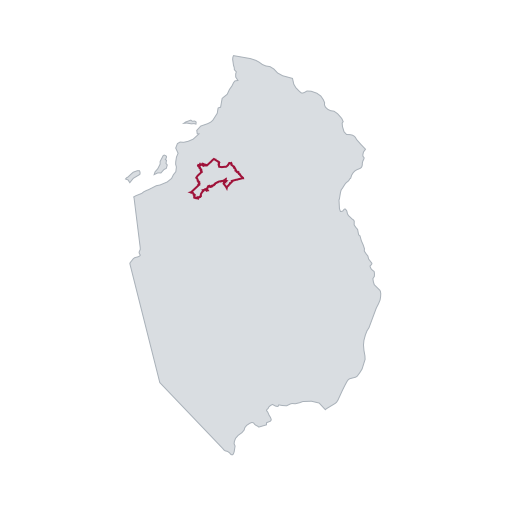 Morogoro, Morogoro, United Republic of Tanzania shown in context, rotated 227°
{"feature_id": "72390352B24110633153516", "entity_name": "Morogoro", "entity_type": "district", "adm_level": 2, "iso_a3": "TZA", "parent_name": "United Republic of Tanzania", "parent_adm1": "Morogoro", "projection": "orthographic", "projection_center": [37.947, -7.052], "detail": "fine", "context": "in_parent", "style": "outline", "palette": "rose", "viewbox_px": 512, "rotation_deg": 227, "n_neighbors": 0, "source": "geoboundaries", "source_scale": "gbopen_adm2", "svg_char_len": 8753}
<svg xmlns="http://www.w3.org/2000/svg" viewBox="0 0 512 512"><g transform="rotate(227 256 256)"><path d="M199.9,345.8L195.2,343.4L190.9,341.9L187.4,340.3L185.8,338.6L182.5,338.0L179.7,337.8L177.0,336.3L171.6,335.8L171.0,334.8L170.9,332.5L169.9,332.0L168.0,331.4L165.8,331.5L164.6,331.8L163.8,331.7L162.0,330.3L160.4,328.7L159.7,326.0L157.2,324.3L154.3,322.9L146.4,323.2L145.2,322.8L143.3,321.5L141.1,319.2L139.2,316.7L137.6,313.2L135.9,308.5L126.5,289.7L125.6,286.2L123.7,282.2L120.7,277.4L117.6,273.9L113.4,270.6L108.6,267.5L106.0,265.3L101.0,256.5L99.9,252.4L99.1,248.1L99.4,246.3L102.4,240.7L102.6,239.1L102.2,237.0L100.7,232.6L98.7,227.3L94.7,217.6L94.1,215.1L94.2,213.3L96.3,203.3L96.3,201.9L105.4,201.9L112.0,197.5L117.7,190.9L118.8,188.1L121.2,183.9L123.5,181.8L124.3,180.4L125.6,176.2L128.7,173.3L131.6,171.1L131.0,169.6L131.4,169.0L133.0,167.9L136.2,166.8L136.8,164.6L136.8,162.2L136.2,160.8L136.3,159.2L135.8,158.3L133.8,158.1L130.7,157.0L128.1,156.5L126.4,155.8L125.7,155.3L125.4,153.8L126.9,150.0L125.4,148.5L128.6,142.1L129.1,141.3L130.3,141.2L132.1,140.5L133.8,140.2L135.2,140.4L136.2,140.1L137.1,139.4L137.9,137.3L138.5,133.7L138.1,130.8L136.8,128.6L136.4,125.2L137.0,120.6L136.6,116.7L135.1,113.7L133.6,111.9L131.3,111.1L127.7,106.5L126.6,104.3L126.8,102.9L128.0,102.3L130.3,102.4L132.5,101.9L134.5,100.6L136.4,100.2L137.5,100.4L229.0,99.3L336.4,158.5L336.9,159.2L337.7,164.4L337.5,166.1L335.9,169.1L335.4,170.6L335.4,171.7L335.8,172.1L337.2,172.3L338.4,173.0L338.8,173.6L339.7,175.8L340.9,176.9L381.6,206.4L382.6,206.8L382.0,209.3L379.7,215.2L379.5,217.7L378.6,220.7L377.8,222.6L375.4,231.0L373.4,234.2L370.7,241.5L370.3,247.2L371.8,251.1L372.3,254.8L375.4,258.5L377.9,259.8L379.6,261.5L382.6,265.3L384.3,269.1L389.7,270.9L391.8,275.2L391.1,278.2L388.5,280.6L386.2,284.5L384.3,289.7L384.2,297.6L385.5,296.4L388.3,298.4L388.7,304.2L385.7,311.0L384.8,314.1L384.7,316.9L386.8,325.0L390.0,329.1L389.7,330.4L388.9,331.5L394.4,338.8L393.9,345.2L395.9,350.2L396.8,354.5L398.1,357.8L398.4,360.0L396.7,362.5L400.7,363.2L403.0,365.3L404.1,367.2L407.0,367.2L408.5,368.5L410.8,369.6L415.7,373.0L417.1,374.6L417.9,376.2L404.1,386.6L399.2,389.3L395.6,390.5L391.8,391.2L388.3,392.8L384.9,395.4L380.5,396.6L375.2,396.6L369.7,398.4L361.0,403.8L355.9,400.8L351.9,399.9L347.3,400.0L344.5,400.3L343.5,401.0L342.6,402.8L341.9,405.8L338.9,408.7L333.6,411.5L328.8,412.5L324.3,411.8L321.3,410.7L319.8,409.1L317.5,408.3L314.4,408.5L311.5,409.6L308.7,411.8L304.3,412.7L298.1,412.5L294.8,411.4L294.4,409.6L291.7,407.5L286.8,405.1L283.1,405.1L280.8,407.4L278.7,408.9L276.8,409.5L275.1,409.6L272.6,409.0L265.9,408.8L259.4,408.9L258.8,405.6L257.4,403.5L256.2,402.3L254.0,402.0L253.4,401.1L252.6,399.0L251.5,397.2L250.1,395.8L249.2,394.4L248.9,393.2L249.1,391.8L250.4,388.3L250.8,386.0L250.6,383.6L249.9,381.1L248.3,378.2L248.5,377.3L247.9,375.3L247.9,373.9L248.1,372.1L247.8,369.8L246.5,364.9L246.4,363.7L245.0,361.3L240.7,355.7L240.5,355.0L233.7,349.3L231.0,348.1L230.1,349.2L229.7,350.2L230.0,352.0L229.9,352.9L229.6,353.3L228.0,353.3L227.0,353.1L224.4,351.6L222.5,351.2L217.6,351.5L215.8,351.9L214.5,351.6L211.8,349.0L208.8,348.5L206.1,348.4L201.5,345.5L199.9,345.8ZM390.5,250.3L392.7,256.5L392.4,257.7L390.8,258.4L390.0,258.5L389.0,257.5L388.3,255.4L387.1,255.9L385.1,253.3L383.1,253.2L381.3,250.2L382.0,247.6L381.6,243.1L383.8,240.8L385.0,237.0L386.4,239.6L386.8,243.7L388.6,248.6L390.5,250.3ZM401.3,213.1L401.5,214.6L401.1,216.0L401.1,220.4L401.0,223.4L399.3,227.4L397.9,228.9L396.7,228.5L395.7,227.8L394.9,226.7L396.5,219.2L395.7,213.7L398.9,214.3L401.3,213.1ZM396.5,303.2L395.0,303.6L394.4,303.2L393.4,302.0L395.1,301.0L396.7,298.9L400.5,296.0L402.3,293.6L402.0,295.9L399.8,301.0L398.0,301.3L396.5,303.2Z" fill="#d9dde1" stroke="#a8b0b8" stroke-width="1"/><path d="M340.9,301.3L341.1,300.6L341.6,300.3L342.0,300.2L342.3,299.7L342.2,299.3L341.8,298.7L341.8,297.9L341.6,297.7L341.5,297.4L341.6,295.3L341.7,294.9L342.7,293.8L344.3,291.6L346.4,289.9L346.6,290.0L347.2,290.5L347.4,290.6L347.6,290.7L348.1,290.8L348.2,291.2L348.4,291.2L348.5,291.5L348.7,291.8L349.0,291.9L349.0,292.1L349.3,292.3L349.4,292.6L349.7,292.6L349.6,292.9L350.0,293.0L350.4,292.9L352.9,292.1L353.8,291.9L354.0,292.0L354.1,291.8L355.7,291.4L355.8,289.4L355.7,287.8L355.6,286.8L355.7,286.6L355.7,285.5L355.7,282.3L355.8,282.3L355.9,282.1L355.9,281.9L356.0,281.9L356.0,281.7L356.3,281.6L356.3,281.4L356.6,281.2L356.7,280.8L356.9,280.7L356.7,280.6L356.8,280.6L357.0,280.7L357.0,280.4L357.2,280.2L357.3,280.3L357.4,280.2L357.6,280.2L357.7,279.8L357.8,279.9L357.8,279.7L358.0,279.7L357.9,279.7L358.0,279.6L358.3,279.6L358.2,279.8L358.3,279.9L358.3,280.0L358.4,279.9L358.5,280.1L358.5,279.9L358.7,280.0L358.9,280.0L358.9,279.8L359.0,279.9L359.2,280.0L359.3,279.8L359.2,279.7L359.4,279.8L359.5,279.5L359.4,279.4L359.7,279.4L359.6,279.2L359.6,278.9L359.8,278.9L359.9,278.6L360.0,278.5L359.9,278.4L360.0,278.5L360.0,278.4L360.0,278.2L360.1,277.9L360.4,277.9L360.4,278.0L360.5,277.8L360.7,277.6L360.8,277.6L360.7,277.3L360.8,277.3L360.7,277.2L360.8,277.0L361.0,276.9L361.1,277.0L361.1,276.9L361.1,276.7L361.3,276.5L361.1,276.3L361.3,276.2L361.3,276.3L361.4,276.2L361.5,275.9L361.8,275.8L361.7,275.6L361.8,275.5L361.8,275.3L361.5,275.1L360.7,275.1L360.3,275.3L360.1,275.1L359.6,275.2L359.0,275.1L358.9,275.3L358.5,275.2L358.4,274.8L358.1,274.8L358.1,274.7L357.7,274.8L357.1,274.9L356.7,274.9L356.3,274.8L356.1,274.6L356.2,274.4L356.1,274.1L356.1,273.9L355.8,273.9L355.7,273.7L355.7,273.8L355.5,273.6L355.3,273.6L355.3,273.8L355.1,274.0L354.9,273.9L354.7,273.8L354.8,273.7L354.8,273.4L354.6,273.1L354.6,272.9L354.5,272.1L354.5,268.1L354.0,265.7L353.8,265.6L353.6,265.6L353.1,265.8L352.8,265.7L352.6,265.7L352.1,265.5L351.8,265.5L351.6,265.3L351.5,265.2L351.2,264.9L350.8,264.8L350.7,264.7L350.4,264.9L350.2,264.9L350.3,264.8L350.3,264.7L349.4,264.3L348.6,264.3L348.1,264.3L347.9,264.3L347.9,264.2L348.0,264.1L347.8,264.0L347.7,263.9L347.8,263.8L347.3,263.5L347.4,263.4L347.2,263.2L347.3,263.0L347.0,262.9L347.1,262.7L346.9,262.7L346.9,252.4L347.0,251.8L347.1,251.6L346.9,251.7L346.4,251.8L346.3,252.4L346.1,252.6L346.1,252.8L345.5,252.8L345.1,252.9L344.7,252.8L344.4,252.8L344.2,252.6L343.8,252.6L342.9,252.8L342.9,252.6L342.7,252.7L342.6,252.4L342.4,252.5L342.1,252.4L342.0,252.2L341.9,251.9L341.6,251.8L341.6,251.5L341.5,251.3L341.4,251.0L340.9,250.7L340.7,250.6L339.4,251.5L339.0,251.6L338.9,251.8L339.0,252.1L338.9,252.2L338.5,252.3L338.1,252.5L338.3,252.6L338.6,253.0L338.4,253.0L338.5,253.2L338.2,253.3L338.3,253.4L338.1,253.5L338.1,253.8L337.9,253.8L337.8,254.0L337.8,254.4L337.6,254.6L337.7,254.9L337.5,255.1L337.5,255.3L337.4,255.4L337.5,255.5L337.4,255.6L337.5,255.8L337.4,255.9L337.4,256.1L337.3,256.4L337.3,256.5L338.8,257.8L339.1,258.7L339.5,260.4L339.5,261.0L339.5,261.9L340.4,262.0L339.4,263.8L339.5,264.2L339.1,264.3L337.5,264.4L337.5,264.5L337.1,265.2L336.9,265.5L337.5,265.6L338.8,265.4L338.8,265.7L339.0,265.7L338.8,267.1L339.2,267.9L339.4,267.9L339.5,268.1L339.6,268.6L339.2,268.7L339.2,269.4L338.6,269.6L337.8,269.5L337.7,269.7L337.8,269.8L337.6,269.8L337.4,270.0L337.7,270.7L337.6,270.8L337.5,271.0L336.9,271.2L336.8,271.5L337.4,271.9L337.0,272.7L336.5,273.5L336.5,274.6L336.8,274.6L336.8,274.8L336.9,276.0L336.5,276.7L336.5,277.1L336.4,277.6L336.2,277.8L336.0,278.2L336.1,278.4L336.0,278.5L335.8,279.6L334.8,281.1L334.5,281.1L334.4,281.4L334.3,281.6L334.4,281.8L334.2,282.0L334.1,282.3L333.8,282.5L333.7,282.8L333.4,283.0L333.3,283.3L333.1,283.4L333.2,283.7L333.2,284.1L332.9,284.3L332.8,284.6L332.7,284.6L332.9,284.7L332.8,284.9L332.9,285.0L332.9,285.3L332.7,285.3L332.8,285.5L332.7,286.1L332.4,285.7L332.0,285.4L332.1,285.1L331.9,285.2L332.0,285.0L331.9,284.8L331.6,284.8L331.9,284.5L331.6,284.5L331.7,284.0L331.6,283.9L331.7,284.1L331.4,283.9L331.5,283.8L331.7,283.7L331.2,283.6L331.4,283.4L331.2,283.4L331.2,283.2L331.3,282.9L331.2,282.8L331.5,282.4L331.3,282.0L331.0,281.6L328.0,281.4L326.7,281.2L325.6,280.9L326.3,281.9L326.4,282.8L326.3,283.8L326.5,284.4L326.5,285.6L326.2,285.5L326.3,285.6L326.4,285.8L326.5,285.8L326.6,286.0L326.8,286.2L327.0,286.5L326.6,286.8L326.7,287.7L326.7,289.1L326.8,289.1L327.4,289.5L325.8,292.5L325.6,292.8L325.5,293.2L324.6,294.4L324.3,295.2L322.3,298.8L322.1,299.2L321.7,299.6L322.0,299.8L323.1,299.7L324.1,299.6L324.4,299.6L324.8,299.5L325.1,299.6L325.8,299.5L326.0,299.6L326.4,300.0L326.6,300.0L326.8,299.8L327.3,299.9L327.6,299.5L328.4,299.7L329.0,300.1L329.3,300.4L329.7,300.3L329.8,299.9L330.1,299.6L330.1,299.4L330.4,299.3L330.8,299.4L331.2,299.3L331.7,299.7L331.8,299.7L332.5,299.3L332.8,299.9L333.1,300.1L334.1,300.3L334.4,300.5L334.8,300.5L335.0,300.5L335.1,300.1L335.7,300.1L336.3,300.9L336.9,300.6L338.0,300.5L338.4,300.4L339.0,300.2L339.5,300.2L339.9,300.9L340.9,301.3Z" fill="none" stroke="#9f1239" stroke-width="2"/></g></svg>